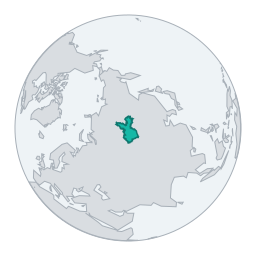 the Earth from above Irkutsk, rotated 291°
{"feature_id": "RUS-2602", "entity_name": "Irkutsk", "entity_type": "Region", "adm_level": 1, "iso_a3": "RUS", "parent_name": "Russia", "parent_adm1": "", "projection": "orthographic", "projection_center": [107.861, 57.716], "detail": "fine", "context": "on_globe", "style": "filled", "palette": "teal", "viewbox_px": 256, "rotation_deg": 291, "n_neighbors": 0, "source": "natural_earth", "source_scale": "10m", "svg_char_len": 16023}
<svg xmlns="http://www.w3.org/2000/svg" viewBox="0 0 256 256"><g transform="rotate(291 128 128)"><circle cx="128" cy="128" r="113" fill="#eef3f6" stroke="#a8b0b8"/><path d="M189.2,33.4L192.8,36.8L191.7,35.1L194.4,37.0L195.9,38.3L194.2,37.1L194.9,38.9L197.4,41.9L195.9,44.6L187.6,44.6L187.1,42.7L185.2,43.0L185.7,45.5L186.5,47.1L180.5,53.3L180.9,63.4L184.8,67.5L181.0,66.1L190.9,74.7L193.5,81.6L188.2,73.3L185.9,72.1L186.6,76.5L184.3,76.2L183.4,78.3L180.6,77.6L177.8,73.0L176.0,72.6L176.5,75.7L174.2,77.3L173.6,72.7L169.4,74.9L163.8,68.0L164.6,57.0L159.2,53.5L153.9,43.1L152.1,43.9L149.0,40.8L145.7,40.6L145.7,38.9L143.1,40.3L143.8,41.9L142.9,43.1L141.1,43.2L140.7,41.0L141.5,40.6L140.5,40.0L141.1,38.9L139.7,39.5L139.5,36.9L137.0,39.6L134.5,37.7L135.0,36.0L138.6,36.0L148.6,32.5L150.3,31.1L149.1,28.9L139.3,25.1L139.7,23.7L137.5,22.0L135.7,22.7L136.7,24.3L132.8,25.5L134.5,27.5L133.1,28.3L133.4,30.7L129.5,30.6L125.6,29.3L125.1,27.4L123.4,26.9L120.7,29.0L116.8,26.0L109.0,25.1L108.4,24.5L112.9,22.2L120.8,21.1L126.6,19.0L118.9,20.7L117.6,19.3L115.7,19.3L113.6,19.7L112.5,20.4L111.3,20.1L118.4,18.0L119.6,18.3L117.4,18.9L121.1,18.4L125.9,17.4L124.8,16.9L133.1,16.4L132.5,16.1L133.9,15.9L134.4,16.4L133.7,15.7L142.1,16.2L150.4,17.6L158.6,19.6L166.6,22.2L174.4,25.4L181.9,29.1L189.2,33.4ZM233.9,98.4L233.0,97.4L233.3,96.5L233.9,98.4ZM232.7,97.9L232.9,98.0L232.7,98.1L232.7,97.9ZM232.6,98.7L232.7,98.1L232.7,98.9L232.6,98.7ZM232.7,99.9L232.6,99.2L232.7,99.3L232.7,99.9ZM232.4,101.5L232.3,101.8L232.2,101.0L232.4,101.5ZM187.2,47.9L185.9,45.6L186.3,43.6L187.6,45.4L187.2,47.9ZM186.2,52.3L184.9,51.0L187.2,50.4L187.2,51.3L186.2,52.3ZM188.1,70.6L187.5,68.3L188.8,70.7L188.1,70.6ZM183.7,78.7L184.6,79.4L183.7,80.2L183.7,78.7ZM135.6,30.6L134.5,30.7L135.0,30.2L135.6,30.6ZM136.7,31.7L138.0,31.1L138.7,31.6L137.9,31.9L136.7,31.7ZM178.8,80.0L177.1,81.0L178.3,79.1L178.8,80.0ZM134.9,32.3L139.8,32.4L141.1,33.2L139.0,35.1L134.9,32.3ZM175.8,81.1L171.7,84.0L173.3,85.8L166.5,82.3L172.2,81.0L173.4,78.3L174.1,80.4L175.8,81.1ZM144.8,42.4L144.0,40.7L146.4,42.0L144.8,42.4ZM146.6,43.0L155.1,45.8L155.4,48.5L152.5,46.9L154.2,50.5L150.1,50.4L148.2,48.4L148.9,46.7L146.8,48.0L146.6,43.0ZM163.3,80.0L161.9,80.1L162.9,79.2L163.3,80.0ZM142.7,43.6L144.5,43.9L144.8,46.3L141.4,46.1L142.4,45.4L142.7,43.6ZM156.6,51.5L156.3,53.3L152.9,53.7L152.3,54.5L150.0,50.6L156.6,51.5ZM141.4,44.9L139.7,46.1L137.9,45.1L141.1,43.6L141.4,44.9ZM146.3,46.9L146.3,48.1L145.2,47.4L146.3,46.9ZM130.4,42.5L132.4,42.6L132.8,43.8L130.4,42.5ZM139.2,46.5L139.9,46.9L140.2,47.4L138.8,47.9L139.2,46.5ZM147.8,51.2L146.4,51.1L148.5,52.8L146.1,53.3L145.0,50.7L144.4,52.0L143.6,52.2L143.6,49.9L147.8,51.2ZM138.4,50.1L136.2,47.1L132.3,46.5L131.9,45.4L138.2,46.6L138.4,50.1ZM141.5,50.1L139.5,49.8L140.0,48.5L141.6,47.9L141.5,50.1ZM144.8,54.6L148.8,54.5L148.9,55.1L144.8,54.6ZM137.2,50.2L137.8,50.9L136.9,50.3L137.2,50.2ZM142.3,53.5L143.8,53.4L143.8,54.0L142.3,53.5ZM137.7,52.5L137.0,51.5L138.1,51.0L137.7,52.5ZM139.7,53.2L139.5,54.1L138.9,51.5L140.4,53.0L139.7,53.2ZM142.2,54.1L142.7,54.5L141.6,54.1L142.2,54.1ZM133.9,55.0L132.9,51.8L135.4,50.7L136.0,53.9L133.9,55.0ZM40.4,57.2L42.2,55.1L44.4,61.7L41.5,66.7L39.4,80.5L38.5,82.9L35.2,84.2L30.7,99.4L33.6,100.5L33.1,112.8L35.1,119.4L42.2,116.1L39.0,105.1L42.0,100.4L47.4,106.8L50.8,116.8L52.1,115.3L52.9,106.9L56.8,107.2L53.6,103.9L52.6,106.7L50.6,104.7L51.4,102.1L52.7,102.2L52.5,98.9L46.3,99.2L44.6,102.1L42.3,95.2L39.3,99.4L37.6,98.5L42.1,91.1L44.0,90.0L49.6,79.4L47.4,79.9L41.9,90.0L42.3,87.7L39.3,88.7L41.9,86.2L48.5,75.3L48.4,69.2L43.1,65.9L44.2,62.3L47.5,57.6L54.8,55.1L51.5,63.6L54.1,63.1L59.3,58.8L57.8,61.9L59.6,61.2L58.8,64.5L62.1,66.9L62.0,70.0L67.6,69.1L68.3,70.7L64.8,70.7L62.3,72.6L62.5,80.8L63.8,81.8L67.5,80.6L67.1,83.2L70.6,81.0L72.8,85.2L73.0,78.3L77.3,77.1L81.0,78.7L82.5,77.1L76.4,74.5L74.0,74.6L71.8,76.6L65.2,76.2L64.2,73.9L71.3,69.9L70.6,66.2L76.4,64.9L89.1,72.3L92.3,76.5L88.3,86.8L85.1,86.6L84.9,82.8L81.1,87.8L83.3,86.7L83.0,88.9L87.0,88.4L87.0,90.0L90.9,87.0L91.3,88.9L88.8,90.7L95.1,92.0L97.1,95.7L98.5,95.3L99.5,93.8L101.4,99.7L102.3,99.1L102.1,96.9L103.9,94.4L107.8,92.4L108.2,94.5L106.9,95.5L104.7,101.0L101.0,103.6L101.6,104.3L104.9,102.6L107.6,95.9L109.8,94.0L109.0,97.3L109.5,96.0L110.7,95.7L112.3,97.6L113.4,94.1L126.5,89.5L131.0,92.8L128.8,96.1L138.4,95.8L142.7,99.9L142.5,97.9L147.0,96.6L145.7,95.2L145.9,94.2L156.7,90.7L159.6,91.8L164.0,88.3L163.9,87.3L162.0,86.4L166.5,82.3L173.3,85.8L173.3,87.9L177.6,88.9L176.8,93.6L178.1,98.0L174.7,102.9L176.1,106.2L177.6,106.2L180.6,110.8L181.4,120.6L173.9,112.6L171.4,98.8L171.8,104.3L169.7,103.1L168.6,105.1L169.1,109.1L170.4,109.5L160.7,116.9L157.8,127.8L163.0,126.4L166.1,129.1L167.3,141.3L157.2,158.5L161.2,162.9L161.4,166.1L157.7,168.5L157.3,163.9L153.7,162.6L154.1,159.7L148.0,162.4L148.3,158.4L143.4,162.6L145.1,165.6L150.4,164.6L146.1,170.1L151.3,175.0L151.7,181.0L142.5,191.6L133.4,194.6L132.8,196.3L129.2,194.2L124.3,197.2L130.8,206.6L130.6,209.1L122.7,213.1L122.6,211.3L113.2,205.8L111.3,211.3L118.4,216.6L120.9,221.7L115.3,219.6L112.9,215.0L109.5,212.9L110.5,208.2L108.0,200.0L102.4,200.3L103.0,197.1L98.6,188.9L90.6,188.7L77.9,192.7L76.0,199.9L71.7,201.1L66.9,187.0L67.5,178.5L64.1,177.3L60.6,166.6L49.7,156.5L49.7,153.5L47.3,152.3L45.1,146.5L45.6,141.7L43.6,139.3L42.6,152.1L45.0,154.7L49.0,154.4L48.2,157.9L50.5,164.0L42.5,165.4L28.9,155.0L30.1,148.9L32.8,123.9L34.2,122.9L34.3,122.7L34.5,122.3L32.1,123.4L33.4,118.8L29.3,134.2L27.5,139.1L28.7,155.1L27.9,155.0L29.1,159.3L35.9,166.5L35.4,168.1L30.6,170.9L23.4,167.4L25.9,175.2L26.8,177.4L23.5,170.1L20.8,162.6L18.6,154.9L17.0,147.1L15.9,139.2L15.4,131.3L15.5,123.3L16.1,115.3L17.3,107.4L19.0,99.6L21.3,92.0L24.1,84.5L27.4,77.3L31.3,70.3L35.6,63.6L40.4,57.2ZM39.7,61.7L38.7,62.4L39.7,61.7ZM51.8,130.6L55.5,136.3L58.3,130.0L59.9,131.7L60.3,129.0L58.5,129.5L60.0,122.6L63.2,123.9L65.0,121.6L63.9,119.6L57.7,118.4L55.5,128.2L52.8,128.5L51.8,130.6ZM117.2,19.4L116.6,19.5L114.4,19.8L115.4,19.4L117.2,19.4ZM104.5,23.1L102.7,22.5L104.7,22.5L105.8,21.8L111.4,21.1L108.4,24.1L108.8,22.8L104.5,23.1ZM118.0,21.3L114.8,21.2L118.4,21.2L118.0,21.3ZM69.8,55.3L68.1,56.9L66.2,56.7L66.4,53.2L69.1,53.4L69.8,55.3ZM66.1,59.4L73.0,56.7L73.2,59.0L71.9,58.1L71.4,59.9L69.1,59.1L62.5,64.1L60.4,64.2L61.9,57.3L62.6,59.4L64.2,57.6L66.1,59.4ZM90.5,47.5L93.5,46.8L90.0,52.5L87.6,52.5L87.6,48.9L90.5,46.7L90.5,47.5ZM130.3,36.0L131.7,35.7L131.8,36.2L130.7,37.0L130.3,36.0ZM131.3,42.4L124.4,38.1L125.6,37.4L120.1,35.9L121.2,33.6L124.7,34.7L121.4,31.9L125.1,32.0L122.5,30.3L130.3,32.9L133.4,33.0L129.5,33.7L128.4,35.7L128.9,36.6L132.5,39.3L138.8,40.7L138.7,43.1L136.9,44.4L135.4,44.4L136.0,42.8L133.6,44.0L133.2,41.8L131.3,42.4ZM116.9,60.8L118.1,58.5L113.2,61.3L112.8,58.7L112.3,59.2L110.6,57.7L107.6,56.7L107.9,55.4L106.6,55.6L105.4,54.6L103.7,54.5L103.7,52.3L101.7,51.9L102.9,51.1L99.3,51.1L101.9,50.1L100.7,48.9L98.8,50.5L103.0,39.8L102.7,36.4L101.0,34.2L105.8,33.0L110.5,34.5L114.4,37.5L114.0,41.0L116.2,40.0L116.7,41.4L114.7,41.6L118.0,42.1L117.9,43.4L121.4,46.6L126.3,46.7L127.7,48.0L125.7,48.6L128.5,49.4L125.7,51.4L126.6,52.4L124.8,55.5L120.4,56.2L121.8,57.3L120.5,59.8L116.9,60.8ZM133.3,55.8L128.2,57.0L125.4,56.3L129.7,51.3L129.3,50.1L131.9,47.1L135.9,48.2L134.7,49.0L134.6,50.0L133.4,49.2L134.2,50.6L132.7,51.7L132.9,53.1L131.1,53.1L133.3,55.8ZM39.8,83.9L39.5,85.5L39.6,87.7L37.7,88.4L39.8,83.9ZM44.1,76.4L44.2,77.6L41.6,79.5L41.9,77.9L44.1,76.4ZM46.5,76.7L44.4,77.5L45.7,76.1L46.5,76.7ZM65.1,71.8L65.5,73.0L64.6,73.5L63.4,73.3L65.1,71.8ZM102.3,69.1L103.5,67.8L104.1,68.1L107.9,66.6L108.5,68.5L106.5,70.1L102.3,69.1ZM40.4,115.2L38.5,114.3L38.7,112.8L39.3,113.4L40.4,115.2ZM37.0,100.8L36.7,104.8L36.5,100.9L37.0,100.8ZM103.6,70.9L105.1,70.1L104.5,71.6L103.6,70.9ZM109.2,69.8L108.8,71.5L109.1,68.6L109.2,69.8ZM31.5,186.2L33.5,189.0L33.9,189.0L36.5,193.3L36.9,194.3L31.5,186.2ZM149.4,230.1L152.8,229.8L152.7,230.1L149.4,230.1ZM145.9,229.8L149.8,229.4L145.2,230.4L145.9,229.8ZM151.3,229.2L155.2,228.2L156.9,227.5L156.6,228.0L151.3,229.2ZM143.2,230.1L128.8,230.5L123.1,229.6L124.5,228.9L133.7,229.3L143.2,230.1ZM124.0,228.8L115.3,225.4L103.6,214.8L107.8,215.8L120.1,222.9L119.3,223.7L124.6,226.3L124.0,228.8ZM145.0,223.7L144.2,226.2L136.2,226.4L132.6,226.1L130.1,222.8L131.5,221.0L134.5,221.1L146.0,214.0L150.0,215.3L146.5,218.4L149.8,220.5L145.0,223.7ZM76.4,200.8L78.5,206.1L76.2,205.7L76.4,200.8ZM150.7,208.6L146.0,212.2L150.3,207.6L150.7,208.6ZM153.2,204.2L153.5,205.8L151.6,204.4L153.2,204.2ZM132.6,198.9L129.5,199.2L129.4,197.9L133.4,196.7L132.6,198.9ZM152.0,186.0L151.9,190.1L151.3,191.6L149.9,189.3L152.0,186.0ZM110.9,87.0L104.9,86.8L101.0,88.2L99.4,91.3L99.0,87.0L105.1,84.9L110.9,87.0ZM124.5,88.9L125.9,86.4L127.0,87.6L126.9,88.4L124.5,88.9ZM124.1,87.3L122.6,84.0L124.5,82.7L125.3,85.5L124.1,87.3ZM112.8,77.2L111.0,76.9L111.6,75.7L112.8,77.2ZM141.1,239.9L137.7,239.6L139.2,239.5L138.7,238.5L151.8,235.6L161.4,230.7L168.3,229.0L173.8,224.6L180.8,222.2L178.5,225.1L185.4,222.9L190.9,216.1L194.4,218.0L198.8,215.5L199.0,215.4L192.7,220.2L186.0,224.6L179.0,228.4L171.8,231.8L164.4,234.6L156.7,236.9L149.0,238.7L141.1,239.9ZM221.2,191.2L221.5,190.7L221.2,191.3L221.2,191.2ZM220.9,191.6L221.5,190.6L221.3,191.0L220.9,191.6ZM217.3,194.5L217.9,193.6L218.1,193.6L217.3,194.5ZM157.8,229.0L162.6,226.4L165.2,225.6L157.8,229.0ZM216.6,194.8L215.2,196.2L215.4,195.7L216.6,194.8ZM216.8,194.0L216.7,193.8L217.4,193.8L216.8,194.0ZM214.2,195.7L215.8,194.8L214.0,196.0L214.2,195.7ZM213.2,196.8L211.9,197.6L212.0,197.4L213.2,196.8ZM198.6,208.4L203.3,207.7L199.4,210.3L195.0,211.5L191.4,214.9L183.3,218.6L185.2,216.8L184.2,215.7L175.7,218.3L174.0,217.8L177.0,216.0L171.4,216.8L177.6,214.3L180.1,215.8L183.6,212.6L189.5,210.4L195.2,208.2L199.7,207.1L198.6,208.4ZM177.5,219.4L178.6,219.0L177.6,219.9L177.5,219.4ZM209.6,198.5L211.4,198.0L211.1,198.4L210.3,199.0L209.6,198.5ZM200.7,206.1L205.6,201.1L206.7,200.3L203.5,204.5L200.7,206.1ZM204.4,200.7L206.7,199.4L207.8,199.5L207.3,200.1L204.4,200.7ZM164.9,221.1L164.6,221.8L163.0,221.7L164.9,221.1ZM167.0,220.2L171.9,219.5L166.5,220.9L167.0,220.2ZM152.0,220.8L153.5,222.2L158.1,220.4L154.6,222.5L157.6,224.5L156.6,225.5L153.5,223.4L152.4,226.3L150.4,226.5L149.3,224.3L151.4,221.0L153.4,219.4L161.6,217.4L152.0,220.8ZM167.0,218.3L165.7,216.7L166.6,215.1L168.0,215.8L167.0,218.3ZM161.8,212.5L158.3,210.6L155.1,212.1L161.5,207.3L163.8,210.0L161.8,212.5ZM158.8,207.3L155.8,208.7L158.9,206.0L158.8,207.3ZM155.1,207.9L154.7,206.0L157.0,205.9L155.1,207.9ZM160.3,207.1L160.8,203.7L162.0,205.4L160.3,207.1ZM153.7,201.6L158.7,204.2L152.2,203.8L151.8,196.9L154.5,196.4L153.7,201.6ZM168.3,168.0L167.5,165.8L170.0,164.6L169.8,166.5L168.3,168.0ZM177.3,159.1L170.4,163.5L164.7,167.2L166.6,167.9L165.4,172.2L162.6,169.0L166.4,163.6L170.8,161.6L171.2,157.9L174.3,154.5L173.4,150.2L174.7,147.8L176.9,151.2L177.3,159.1ZM172.8,148.4L172.2,140.3L177.0,139.9L178.1,141.6L176.4,145.5L174.0,145.4L172.8,148.4ZM173.5,138.2L171.2,138.1L165.5,127.0L165.4,124.7L172.3,132.7L170.5,133.0L171.0,135.9L173.5,138.2ZM162.5,81.2L162.0,80.2L163.2,80.8L162.5,81.2ZM145.1,93.5L145.6,92.1L147.0,92.7L145.1,93.5ZM147.8,88.7L145.8,89.0L147.7,87.8L147.8,88.7ZM141.5,89.7L145.0,88.6L141.9,91.0L141.5,89.7Z" fill="#d9dde1" stroke="#a8b0b8" stroke-width="1"/><path d="M121.7,126.3L122.2,126.2L122.3,125.9L122.5,125.8L122.6,125.7L122.5,125.4L122.5,125.1L122.7,124.9L122.9,124.9L123.1,124.7L123.2,124.8L123.5,124.8L123.4,124.9L123.4,125.0L123.5,125.3L123.7,125.5L124.0,125.6L124.0,125.8L123.9,125.9L124.3,125.9L124.5,126.0L124.9,126.1L125.0,126.0L124.8,125.8L124.9,125.7L125.3,125.3L125.5,125.2L125.4,124.9L125.4,124.7L125.1,124.5L125.0,124.3L125.0,124.0L125.2,123.9L125.7,123.8L125.6,123.7L125.6,123.3L125.7,123.0L125.5,122.9L125.1,122.9L124.9,122.6L124.8,122.2L124.7,121.8L124.9,121.7L124.9,121.4L125.1,121.1L125.3,121.1L125.2,120.9L125.6,120.7L126.0,120.2L126.1,120.3L126.2,120.2L126.2,119.9L126.5,119.6L126.6,119.4L126.7,119.1L126.7,118.9L126.8,118.8L126.9,118.6L127.0,118.4L126.8,118.3L126.8,118.1L126.7,117.9L126.5,117.5L126.7,117.4L126.7,117.2L127.0,117.0L127.0,116.9L126.8,116.6L127.0,116.4L126.9,116.3L127.1,116.0L127.0,115.8L127.0,115.7L127.3,115.9L127.5,115.8L127.8,115.7L128.3,115.7L128.3,115.3L128.1,115.2L128.4,115.2L128.6,115.2L128.5,115.3L128.8,115.7L128.7,115.8L128.8,115.9L128.7,116.1L128.4,116.0L128.4,116.3L128.2,116.4L128.2,116.5L128.6,116.5L128.9,116.6L129.0,116.5L129.2,116.8L129.3,116.9L129.3,117.1L129.4,117.3L129.4,117.7L129.6,117.9L129.5,118.1L129.4,118.4L129.3,118.5L129.5,118.8L129.9,118.8L130.0,119.0L129.9,119.1L130.0,119.2L129.6,119.8L129.6,120.1L129.9,120.5L129.8,120.9L130.1,121.0L130.4,121.1L130.5,121.2L130.5,121.5L130.3,121.9L130.3,122.0L130.1,122.2L130.2,122.3L130.0,122.6L129.9,122.8L129.9,123.0L129.8,123.3L129.7,123.7L129.8,123.8L129.6,124.0L129.4,124.6L129.5,124.7L129.4,124.7L129.4,124.8L129.7,124.9L129.7,125.1L129.8,125.2L129.8,125.3L130.0,125.5L130.4,125.5L130.7,125.3L130.8,125.2L130.7,125.1L130.8,124.9L131.2,125.0L131.2,124.9L131.3,125.0L131.5,124.9L131.8,125.0L131.9,124.8L132.1,124.8L132.3,124.4L132.5,124.5L132.4,124.6L132.8,124.7L132.8,124.8L132.7,124.9L132.6,125.1L132.6,125.5L132.8,125.4L132.8,125.2L133.1,125.0L133.4,125.0L133.6,124.7L133.7,124.3L133.7,124.1L133.9,124.0L133.9,123.9L134.1,123.9L134.1,123.7L134.3,123.4L134.6,123.2L134.7,122.7L134.8,122.8L135.1,122.2L135.5,122.0L135.9,122.2L136.5,122.3L136.9,122.6L137.0,122.8L137.2,123.0L137.2,123.6L137.3,123.8L137.7,123.9L137.8,123.7L137.9,123.9L138.0,123.9L138.1,123.6L138.3,123.5L138.8,123.8L139.0,124.0L138.8,124.2L138.9,124.5L139.1,124.6L139.0,124.8L139.2,125.2L139.1,125.4L139.5,125.6L139.5,125.8L139.6,126.0L139.1,126.2L138.9,126.2L138.7,125.9L138.5,126.0L138.4,125.9L138.1,125.9L137.9,126.1L138.0,126.4L137.9,126.5L137.9,126.8L137.6,127.2L137.7,127.3L137.7,127.5L137.9,127.5L138.0,127.8L138.0,128.1L138.3,128.0L138.5,128.1L138.5,128.3L138.3,128.4L138.4,128.5L138.5,128.7L138.4,128.8L138.4,129.0L138.3,128.9L138.3,129.0L138.1,129.0L138.1,128.8L137.9,129.1L137.6,129.3L137.3,129.3L137.1,129.1L136.9,129.2L136.4,129.0L136.5,128.8L136.9,128.6L136.8,128.4L136.5,128.4L136.3,128.7L136.0,128.8L135.7,128.8L135.7,129.0L135.5,129.4L135.4,129.6L135.1,129.6L134.8,129.7L134.6,129.9L134.6,130.0L134.4,129.9L134.1,129.8L133.9,129.9L133.4,129.8L133.3,129.7L133.2,129.5L133.2,129.3L132.9,129.5L132.7,129.5L132.6,129.4L132.2,129.5L132.0,129.3L132.0,129.1L131.8,129.1L131.7,129.4L131.8,129.5L131.6,129.7L131.1,129.6L130.9,129.7L130.7,129.5L130.3,129.4L130.2,129.6L130.2,129.8L130.1,130.0L129.7,129.9L129.6,130.0L129.4,130.0L129.2,130.2L128.9,130.2L128.9,130.4L128.8,130.7L128.8,130.8L129.0,130.9L129.2,131.3L129.5,131.4L129.5,131.5L129.2,131.5L129.0,132.1L128.9,132.1L128.9,132.3L128.9,132.5L129.0,132.9L129.0,133.0L128.9,133.2L129.0,133.4L129.0,133.5L128.9,133.5L129.0,134.0L128.8,134.2L129.3,134.3L129.3,134.5L128.7,135.7L128.2,136.9L126.0,138.3L125.4,139.1L125.1,139.4L124.7,139.7L124.1,139.9L124.0,140.2L124.1,140.4L124.0,140.6L123.9,140.5L123.5,140.5L123.0,140.8L123.0,140.2L122.8,140.1L122.5,140.1L122.3,139.8L122.4,139.4L121.8,139.0L121.6,138.7L121.2,138.4L121.0,138.5L120.9,138.5L120.8,138.3L120.6,138.1L120.4,137.8L120.4,137.6L119.7,137.2L119.2,136.6L119.3,136.4L119.2,136.3L119.1,136.0L118.9,136.1L118.6,136.1L118.6,136.3L118.4,136.4L118.0,136.4L118.0,136.6L117.8,136.7L117.6,136.5L117.7,136.4L117.2,136.2L117.1,136.3L116.8,136.3L116.8,136.2L116.5,135.9L116.4,135.7L116.0,135.6L115.9,135.4L115.8,135.1L115.6,135.1L115.3,134.8L115.1,134.8L114.9,134.9L114.4,134.1L114.5,133.9L114.1,133.6L114.1,133.4L114.4,133.3L114.7,133.0L115.2,133.2L115.2,132.9L115.4,132.6L115.5,132.5L115.4,132.2L115.5,132.1L115.6,131.8L115.8,131.7L115.8,131.2L115.8,130.8L116.0,130.7L116.1,130.4L116.3,130.2L116.5,130.4L116.7,130.2L116.8,130.1L116.9,129.8L117.2,129.8L117.2,129.5L117.2,129.0L116.9,128.9L117.1,128.7L116.9,128.6L116.8,128.4L117.7,127.1L118.5,127.2L118.6,127.3L118.8,127.3L119.2,127.3L119.3,127.0L119.5,126.8L119.9,126.8L119.9,127.2L120.2,127.5L120.2,127.9L120.5,128.2L120.7,127.9L120.6,127.7L120.7,127.3L120.9,127.3L121.0,127.1L121.0,126.9L121.2,126.7L121.5,126.7L121.7,126.3Z" fill="#14b8a6" stroke="#0f766e" stroke-width="1.5"/></g></svg>